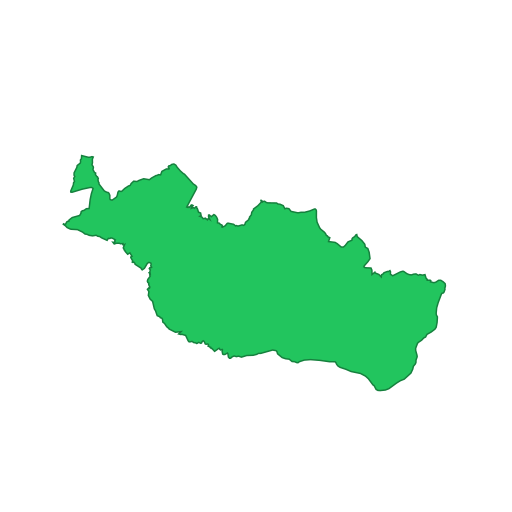 Salatrucel, Vâlcea, Romania (Natural Earth projection), rotated 139°
{"feature_id": "2599482B70636070547294", "entity_name": "Salatrucel", "entity_type": "district", "adm_level": 2, "iso_a3": "ROU", "parent_name": "Romania", "parent_adm1": "Vâlcea", "projection": "natural_earth1", "projection_center": [24.379, 45.274], "detail": "fine", "context": "isolated", "style": "filled", "palette": "green", "viewbox_px": 512, "rotation_deg": 139, "n_neighbors": 0, "source": "geoboundaries", "source_scale": "gbopen_adm2", "svg_char_len": 6133}
<svg xmlns="http://www.w3.org/2000/svg" viewBox="0 0 512 512"><g transform="rotate(139 256 256)"><path d="M380.6,406.4L380.0,403.7L379.9,401.4L378.6,398.4L378.0,397.5L373.4,393.0L371.2,387.8L370.6,384.7L369.4,383.4L368.3,381.0L366.1,378.4L363.0,376.5L362.5,374.8L361.1,373.1L360.7,371.2L358.1,365.5L355.9,366.2L354.8,365.1L353.6,364.9L352.6,363.4L351.6,360.5L352.7,360.1L353.1,359.2L353.8,359.0L355.0,360.3L355.1,358.1L352.8,357.1L350.7,355.2L350.3,354.2L348.3,352.7L348.9,352.3L349.0,351.5L348.5,350.9L347.8,350.8L350.9,349.2L350.9,348.2L351.5,347.2L351.3,346.1L351.7,345.5L351.7,341.5L349.1,341.1L349.8,337.1L351.1,337.4L351.5,337.0L352.3,333.1L353.4,332.6L353.1,331.9L352.2,331.5L352.2,329.7L352.7,329.1L350.7,322.2L351.0,321.6L351.0,320.2L348.3,319.9L342.9,321.7L341.1,321.5L340.0,319.7L340.6,318.5L341.9,317.6L342.1,316.0L342.9,316.1L343.8,316.8L344.8,316.5L344.9,314.7L346.2,314.0L347.1,312.6L347.1,313.2L347.6,313.5L348.0,311.8L348.7,311.4L349.0,310.2L353.0,309.3L354.5,308.3L355.0,306.9L354.7,305.9L355.8,304.7L356.5,302.2L358.2,301.2L357.3,302.3L359.8,302.1L360.2,299.4L363.1,296.9L364.2,292.8L363.8,289.6L367.4,282.8L367.8,280.5L369.7,275.8L368.5,273.3L368.7,272.1L367.9,271.0L368.0,269.8L369.7,267.2L369.3,265.2L369.7,261.8L369.7,260.1L369.3,259.1L369.5,257.9L366.8,251.3L362.2,248.1L365.5,247.9L364.2,246.0L363.3,245.5L361.2,242.2L362.8,236.6L362.9,235.4L362.3,234.6L360.3,233.5L359.7,231.3L358.7,230.4L358.1,228.8L355.9,228.4L354.9,226.3L354.1,226.1L352.6,226.8L351.4,226.6L351.2,225.4L352.0,222.9L351.5,222.1L350.2,221.3L350.0,220.7L350.2,220.0L351.3,219.4L350.5,217.7L350.6,216.9L350.1,216.6L350.5,215.7L349.9,215.0L349.8,211.2L344.8,210.7L344.2,210.3L344.6,209.2L344.4,208.3L342.8,207.7L342.8,207.3L344.1,206.3L345.5,203.8L345.2,203.0L344.1,202.1L341.2,201.5L341.3,200.7L343.1,197.9L343.1,196.2L342.2,195.5L340.0,195.5L338.1,194.9L336.8,192.9L334.9,191.9L333.3,189.2L328.3,187.0L323.2,182.9L320.0,181.3L318.1,180.9L316.3,179.4L305.1,174.1L302.9,171.3L302.9,170.2L303.9,168.0L302.9,162.2L301.1,159.1L298.6,156.3L298.0,152.7L296.2,150.9L295.2,148.8L294.3,147.9L292.6,147.8L287.9,145.8L282.9,142.1L276.3,135.4L269.8,127.9L265.7,124.3L265.6,123.4L266.2,121.3L266.3,119.2L265.6,116.8L262.4,111.4L260.0,106.4L254.2,98.8L252.2,93.6L251.7,89.7L252.3,81.9L251.9,80.7L252.9,76.5L252.2,74.6L250.6,73.0L246.3,70.0L242.8,68.7L233.2,67.9L228.9,67.2L224.9,65.8L215.9,66.0L211.9,67.8L209.6,69.5L206.6,70.0L205.2,70.7L203.5,72.5L200.5,74.2L199.6,75.5L197.5,79.9L196.1,81.6L191.5,84.1L190.2,84.3L186.2,83.8L183.2,84.1L181.2,83.6L178.4,84.7L173.7,83.7L168.9,83.4L166.8,84.0L163.1,86.9L160.0,90.0L159.0,91.1L158.6,93.1L157.6,94.6L153.6,98.4L149.1,101.3L141.3,105.5L140.2,105.9L138.8,105.2L137.8,105.4L135.3,106.8L134.4,108.1L133.4,108.5L132.3,109.6L131.4,111.1L131.7,113.9L132.5,116.5L134.0,117.8L137.6,118.3L139.3,119.2L141.3,122.0L140.3,122.6L140.4,123.4L142.7,125.4L142.1,126.1L142.2,127.7L140.7,131.1L142.9,132.3L144.5,134.5L146.1,134.9L147.0,137.5L149.0,138.9L151.2,139.8L152.7,141.6L153.7,143.6L154.7,147.6L155.4,148.3L157.6,149.3L165.8,151.4L166.5,154.1L164.8,155.9L164.5,157.1L166.3,157.4L166.9,158.1L170.4,159.4L172.0,159.1L173.5,159.5L175.2,158.0L175.4,161.5L177.2,165.0L176.9,165.8L180.6,165.9L177.8,169.3L177.1,171.5L180.5,174.7L181.7,176.2L181.6,177.1L180.6,177.6L175.3,178.3L171.7,179.2L168.2,184.5L166.7,188.3L167.7,191.0L166.2,193.5L166.0,198.2L166.9,204.2L165.9,206.1L166.8,206.4L168.7,205.9L170.9,206.2L171.9,206.1L173.3,205.0L177.3,206.3L181.7,205.4L184.2,205.4L185.8,206.9L186.6,212.0L187.4,214.4L191.8,219.3L188.3,221.4L189.1,223.2L188.9,224.3L189.4,225.3L188.8,227.5L188.8,229.3L189.6,233.8L189.4,235.8L187.7,241.5L185.2,245.4L180.9,250.3L180.4,251.2L180.4,252.5L181.0,253.1L185.8,254.7L190.8,257.2L193.4,259.5L196.0,261.0L200.3,266.7L200.1,270.1L201.7,272.1L203.2,272.7L202.4,276.1L203.9,279.3L205.3,280.8L205.7,282.5L212.4,288.5L213.1,289.6L213.6,291.7L215.1,292.6L215.6,294.7L216.1,294.5L215.8,292.9L216.0,292.6L216.7,293.2L221.6,292.7L227.0,293.1L227.7,292.4L230.5,291.8L232.6,290.1L235.4,289.6L236.0,288.8L236.7,288.9L237.5,288.2L241.8,288.3L243.8,287.1L245.3,287.3L246.1,288.6L250.0,290.4L250.8,291.8L251.7,292.1L252.1,294.6L255.6,299.2L256.5,299.5L259.5,299.0L262.5,299.8L262.7,300.3L261.7,300.8L261.4,301.8L262.2,303.3L262.1,304.7L263.3,306.3L261.0,308.8L260.3,311.0L260.1,313.3L260.6,314.9L264.0,315.0L264.0,316.0L264.5,316.5L264.2,317.4L264.9,318.0L265.9,317.0L266.3,315.8L266.8,315.4L266.6,314.8L266.9,313.8L267.3,315.6L269.0,315.2L269.0,316.3L269.4,316.6L269.3,317.7L271.4,318.8L271.3,321.0L272.3,322.8L270.9,322.5L269.6,324.8L270.7,326.7L270.1,327.5L270.2,328.3L269.7,328.9L269.2,330.2L269.4,330.6L268.6,332.1L269.2,332.6L271.2,332.4L271.5,333.6L273.6,334.4L272.3,335.2L270.4,335.4L270.8,336.4L272.1,336.3L270.8,337.1L274.2,336.4L274.5,337.2L275.5,337.2L276.2,338.4L257.3,345.6L255.5,346.8L255.3,348.7L256.1,351.6L256.3,364.7L256.8,365.9L257.3,369.9L257.3,374.7L256.9,377.2L257.6,379.3L259.5,380.4L261.5,380.5L262.6,381.2L263.8,380.8L264.2,378.9L264.6,378.8L266.5,380.5L271.5,381.6L274.8,379.8L276.2,381.4L277.8,381.7L278.6,382.3L283.8,383.4L286.4,383.5L290.1,388.0L294.7,389.8L297.0,390.3L299.2,392.7L302.7,392.6L304.6,391.8L306.3,392.5L310.8,393.1L314.6,392.9L315.5,393.2L316.7,395.0L318.2,394.8L320.9,392.8L322.6,392.0L327.8,392.5L328.4,393.1L329.0,394.3L328.7,395.2L326.5,397.7L325.8,399.9L326.0,401.1L326.7,401.8L327.8,404.6L327.3,413.2L326.4,414.4L326.3,415.4L325.2,417.3L324.2,417.9L323.7,419.8L324.0,420.2L323.8,422.7L322.6,423.8L323.1,425.0L322.3,428.3L320.8,429.3L320.3,430.1L319.9,432.5L318.3,433.6L316.0,436.4L313.9,437.5L314.6,438.6L316.4,439.4L317.7,440.4L321.7,446.2L323.9,444.0L325.6,443.6L326.4,442.4L327.6,441.4L331.6,441.6L333.1,440.4L338.7,438.1L340.3,436.4L340.6,434.9L342.6,434.3L344.1,431.3L345.6,431.0L347.2,429.5L353.3,426.5L353.8,425.6L352.8,424.7L343.2,420.4L336.5,416.7L335.1,415.6L334.6,413.9L339.4,411.0L344.0,407.5L350.8,401.3L353.0,403.0L355.7,403.2L357.5,404.1L359.0,404.1L360.1,403.1L362.5,402.3L369.5,405.6L373.5,405.8L374.5,405.0L375.0,405.6L376.5,405.9L378.7,405.0L379.8,405.6L380.1,406.5L380.6,406.4Z" fill="#22c55e" stroke="#15803d" stroke-width="1.5"/></g></svg>